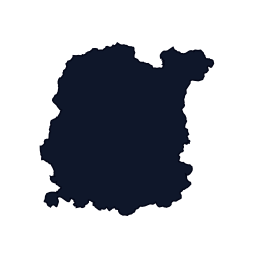 the district of Luc Ngan, Bắc Giang, Vietnam, rotated 348°
{"feature_id": "81297802B38321972927223", "entity_name": "Luc Ngan", "entity_type": "district", "adm_level": 2, "iso_a3": "VNM", "parent_name": "Vietnam", "parent_adm1": "Bắc Giang", "projection": "orthographic", "projection_center": [106.634, 21.437], "detail": "fine", "context": "isolated", "style": "filled", "palette": "ink", "viewbox_px": 256, "rotation_deg": 348, "n_neighbors": 0, "source": "geoboundaries", "source_scale": "gbopen_adm2", "svg_char_len": 5758}
<svg xmlns="http://www.w3.org/2000/svg" viewBox="0 0 256 256"><g transform="rotate(348 128 128)"><path d="M67.5,77.9L65.5,80.6L63.5,81.0L62.2,82.7L60.7,83.9L60.4,84.5L60.1,85.4L60.5,86.7L60.9,87.5L63.2,90.6L63.7,92.3L65.0,94.9L65.5,95.8L66.7,96.7L65.5,98.0L64.9,99.3L61.3,103.2L60.4,102.8L60.2,103.2L59.3,103.9L57.7,104.1L54.8,104.9L54.3,105.3L53.5,107.1L53.4,109.5L52.3,110.3L51.9,111.8L51.0,113.1L51.3,115.4L50.4,116.5L49.8,117.7L48.8,121.7L48.6,122.1L47.6,122.7L46.2,122.3L44.4,122.5L43.4,124.2L43.7,125.3L42.6,126.5L40.6,127.7L39.3,127.9L38.5,127.7L37.8,131.7L37.7,134.8L37.4,136.0L38.0,137.3L38.0,137.9L37.2,140.5L37.2,140.9L38.7,140.9L39.8,141.9L41.5,143.8L42.8,144.3L43.1,145.4L44.3,146.7L45.6,147.2L45.7,148.6L46.5,151.1L47.1,154.3L47.2,155.1L46.6,155.8L46.6,157.0L46.0,158.6L46.4,160.0L46.1,160.1L44.6,159.7L42.9,159.9L42.1,159.3L42.2,160.6L41.7,161.5L41.7,162.2L42.7,164.6L43.3,165.1L45.3,166.3L46.6,165.9L46.3,166.5L46.4,168.2L47.9,169.3L48.7,170.6L50.0,171.7L50.1,172.8L49.2,173.6L47.9,173.9L45.5,176.6L45.4,176.3L45.6,175.5L45.4,175.4L44.4,176.4L42.5,175.7L39.8,175.1L38.0,175.0L35.0,175.5L33.3,177.6L32.6,179.8L32.3,180.6L31.0,182.2L31.0,182.6L32.9,183.6L33.2,184.3L33.6,186.8L34.3,187.7L35.0,188.0L35.7,189.0L37.3,187.6L39.0,187.4L40.1,187.9L40.9,189.2L41.7,189.9L42.1,189.7L44.4,185.7L44.5,183.9L44.0,182.3L44.4,181.5L45.1,180.9L46.3,180.7L47.8,181.3L48.8,182.0L53.0,186.6L54.1,187.4L55.0,187.6L55.5,187.3L56.6,185.8L57.0,184.8L57.8,184.9L60.3,186.8L60.1,188.0L60.2,188.6L60.8,189.7L60.8,190.2L60.4,190.8L59.2,191.1L58.9,191.6L59.9,193.1L61.2,193.2L61.3,193.8L61.0,194.9L65.2,194.9L66.2,195.9L66.6,196.1L68.4,196.0L69.3,195.3L69.5,194.4L70.0,193.8L71.9,193.6L73.7,192.4L74.0,190.8L74.4,190.3L76.0,190.7L78.2,192.9L79.7,193.8L79.6,194.1L78.7,194.4L78.3,194.8L78.0,196.3L78.4,196.6L79.5,196.8L79.5,197.8L79.7,198.3L82.8,201.9L84.2,202.3L84.7,201.3L85.5,201.1L87.1,202.1L88.5,202.3L90.1,201.1L90.9,201.1L92.4,204.5L92.9,204.8L93.4,204.2L94.6,203.9L95.7,203.1L97.2,203.0L97.8,202.6L98.5,202.5L99.2,204.7L101.1,205.3L102.0,205.9L101.7,207.7L102.2,209.3L102.9,210.3L105.0,212.0L106.9,212.2L109.3,213.2L109.6,213.1L110.4,212.4L111.7,212.5L113.6,212.5L115.5,211.5L116.7,211.3L118.4,208.8L120.9,208.6L123.4,206.7L125.7,207.4L128.4,207.5L133.5,206.6L134.5,206.8L136.4,207.5L137.3,207.4L139.6,206.3L139.8,206.7L140.7,209.5L141.2,210.5L142.2,211.5L145.9,211.5L146.5,211.7L147.0,212.5L148.1,212.7L149.0,213.3L152.0,213.0L152.9,212.6L153.9,211.9L154.3,211.3L154.3,210.2L156.0,208.9L157.6,208.6L159.2,209.2L160.3,209.2L161.3,208.7L165.0,207.7L165.3,207.4L165.8,204.9L165.1,202.5L165.4,201.9L166.2,201.2L167.6,200.7L168.9,199.4L170.4,199.5L172.3,198.6L173.3,198.5L175.1,197.6L177.6,195.9L177.7,194.7L177.5,194.1L176.7,193.7L175.3,192.0L174.9,190.9L174.6,189.7L175.0,187.4L174.9,185.2L175.8,186.1L176.5,186.3L177.2,186.2L178.9,185.5L180.8,183.8L181.8,182.5L182.2,181.1L182.3,179.2L181.6,178.5L180.8,177.1L179.0,176.7L176.5,175.3L174.9,173.3L173.4,173.2L170.7,171.2L170.6,170.8L172.4,167.2L172.4,166.9L171.6,165.5L171.7,164.6L174.2,162.5L176.5,162.3L177.2,161.7L176.9,159.9L178.1,158.2L178.2,157.1L177.9,156.2L178.0,155.9L180.0,154.6L180.8,154.6L181.4,155.6L182.0,155.9L182.3,155.9L182.8,155.4L182.5,154.8L183.1,154.4L184.1,155.3L184.6,155.5L184.9,154.4L185.5,153.9L185.5,153.3L185.2,153.0L184.0,152.4L184.3,150.6L183.8,148.3L184.1,147.6L185.6,147.0L185.9,146.7L185.3,144.2L185.7,142.0L185.4,141.6L184.0,140.6L183.4,139.5L183.4,138.7L184.5,136.1L186.5,133.6L186.6,133.3L186.1,132.3L186.6,130.3L186.1,127.5L184.8,125.2L184.3,122.1L184.3,120.5L187.0,118.7L187.8,117.5L187.8,116.8L187.5,115.8L188.0,114.9L188.2,111.4L189.4,109.5L189.9,108.0L190.8,107.0L192.0,106.0L192.4,102.4L197.8,97.1L198.5,94.8L199.7,94.3L200.7,94.2L206.1,96.1L206.8,96.3L211.0,95.9L212.3,94.0L213.0,93.4L213.1,91.3L213.6,90.1L216.3,89.8L218.4,88.1L218.2,85.2L218.6,84.6L219.2,84.1L219.8,83.9L221.4,85.5L221.7,85.7L222.4,85.6L224.7,83.1L225.0,82.6L225.0,80.9L225.0,79.9L224.2,78.9L222.4,78.2L221.7,77.3L221.1,77.5L220.4,77.0L219.2,76.9L218.3,76.0L217.9,74.1L218.0,73.1L217.1,71.7L217.2,70.4L215.2,67.1L212.6,66.9L209.8,65.9L208.5,66.2L208.7,66.7L208.1,66.9L206.2,65.8L205.0,65.6L203.9,65.7L200.2,67.1L197.8,67.2L196.6,66.6L196.0,66.6L194.7,66.0L194.4,65.0L193.8,64.4L191.8,63.8L191.1,62.5L189.9,61.7L189.3,61.0L188.8,58.5L182.7,61.0L180.6,60.9L179.3,60.5L178.4,60.6L176.5,61.8L175.0,63.4L174.7,64.7L174.6,66.1L175.3,65.8L175.6,65.9L175.6,66.8L176.1,67.5L175.6,68.4L176.4,68.7L176.4,69.5L177.0,69.6L177.3,69.8L176.6,70.5L176.1,70.1L175.8,70.4L175.8,70.8L176.6,71.5L175.8,72.2L176.5,72.8L176.5,73.1L176.3,73.3L175.2,73.3L175.9,74.1L176.0,74.5L174.9,75.6L174.5,76.4L172.8,76.7L171.4,75.9L168.7,75.9L167.1,75.2L164.9,74.7L164.4,74.3L164.3,72.3L162.5,71.0L161.1,69.3L159.2,69.0L158.6,68.4L157.5,68.0L156.4,66.9L155.3,67.1L154.4,66.5L153.6,66.6L152.2,64.9L151.5,63.1L148.9,61.3L148.4,60.4L148.4,59.7L149.0,57.5L150.1,55.7L149.7,53.2L150.2,51.4L150.1,50.6L149.9,50.3L148.6,49.9L148.1,49.4L146.6,49.1L144.9,48.4L144.0,47.2L142.4,46.7L141.2,45.9L140.4,46.0L138.5,45.6L137.4,44.9L135.2,42.7L134.3,43.7L132.6,44.8L131.9,44.9L130.6,44.0L129.0,45.4L128.6,45.5L126.9,45.5L124.8,44.1L123.6,44.0L122.9,45.1L122.5,45.4L121.1,45.8L119.7,46.7L119.3,46.8L117.8,46.3L114.8,45.9L114.5,45.6L114.2,44.3L112.3,43.6L110.0,43.3L108.9,44.4L108.2,44.6L107.0,45.4L104.5,45.5L103.8,45.9L102.7,46.1L102.0,47.2L99.8,47.5L98.7,47.0L98.5,47.9L96.0,47.4L94.7,46.9L92.2,46.7L89.5,45.9L89.1,47.4L88.7,47.8L86.6,49.6L85.3,50.2L83.1,50.3L82.3,51.5L80.8,52.4L81.1,54.5L80.9,55.4L79.3,57.6L77.1,58.6L76.8,59.7L76.1,60.5L76.0,61.0L76.3,61.5L76.3,61.8L75.3,63.2L74.3,63.9L73.3,65.2L71.6,65.0L70.6,66.0L69.5,68.0L69.1,70.1L69.5,71.5L68.8,72.6L68.9,74.5L68.4,75.3L67.5,77.9Z" fill="#0f172a" stroke="#020617" stroke-width="1.5"/></g></svg>